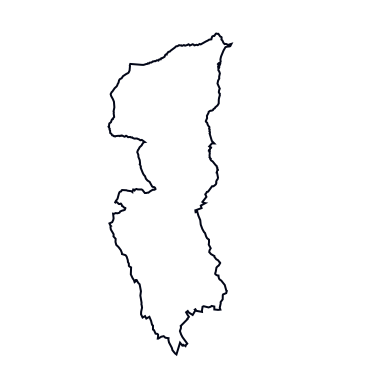 Covasna, Covasna, Romania, rotated 246°
{"feature_id": "2599482B78914670326666", "entity_name": "Covasna", "entity_type": "district", "adm_level": 2, "iso_a3": "ROU", "parent_name": "Romania", "parent_adm1": "Covasna", "projection": "albers", "projection_center": [26.263, 45.799], "detail": "fine", "context": "isolated", "style": "outline", "palette": "ink", "viewbox_px": 384, "rotation_deg": 246, "n_neighbors": 0, "source": "geoboundaries", "source_scale": "gbopen_adm2", "svg_char_len": 6073}
<svg xmlns="http://www.w3.org/2000/svg" viewBox="0 0 384 384"><g transform="rotate(246 192 192)"><path d="M311.3,288.3L311.6,286.1L311.4,285.2L313.5,283.2L313.9,281.9L315.6,281.4L318.0,281.4L319.3,280.9L320.8,281.8L321.6,281.9L322.6,281.0L325.8,280.4L326.1,279.6L326.9,278.6L326.9,278.1L325.5,275.9L325.9,275.1L325.8,273.7L324.7,272.6L323.6,271.8L324.2,269.5L323.9,267.9L323.9,266.3L323.3,260.0L324.1,259.2L323.8,257.0L324.6,256.1L325.0,253.8L326.0,253.4L326.7,252.7L326.7,249.6L327.8,249.3L328.4,248.8L328.2,247.7L328.5,245.2L329.5,244.4L329.6,242.3L330.4,241.8L330.7,240.8L331.4,239.9L331.1,238.0L331.4,237.4L331.5,236.6L330.9,235.0L329.8,230.0L329.3,228.8L329.6,227.4L328.3,225.0L327.9,224.8L328.3,223.9L327.9,223.1L326.7,221.9L326.4,219.3L326.7,218.4L325.9,217.4L326.3,216.5L326.4,215.8L325.7,214.8L326.6,213.7L326.4,211.7L326.8,211.1L326.9,210.0L327.2,209.5L326.8,207.6L327.4,205.8L326.9,204.8L327.5,203.9L327.2,203.4L327.5,202.3L327.8,199.6L328.4,198.2L334.1,187.7L333.0,186.7L332.0,186.4L328.4,184.4L326.9,182.7L326.6,181.7L326.6,180.3L325.9,176.1L324.5,173.9L324.5,172.5L324.3,171.7L323.6,170.7L321.7,169.3L321.1,168.3L319.6,166.8L319.1,166.0L318.3,163.6L316.1,160.0L315.9,159.2L314.5,157.5L312.6,157.2L308.8,157.5L306.2,157.4L300.9,155.5L297.5,153.1L296.8,153.1L295.6,152.4L292.2,151.4L291.4,149.8L290.7,149.3L290.8,148.3L288.7,146.3L288.3,144.5L287.8,144.0L286.1,143.1L285.8,142.5L285.3,142.7L284.9,142.3L283.4,142.6L282.5,142.0L281.6,142.2L279.2,141.3L277.9,142.0L276.3,142.1L275.6,143.0L274.9,143.2L274.5,144.0L274.0,144.3L274.1,145.0L273.3,147.6L272.5,148.6L272.7,149.3L272.1,149.9L272.2,150.9L270.0,152.8L269.9,153.4L270.2,154.5L270.0,154.9L268.1,155.9L267.4,158.0L266.5,158.6L266.3,159.5L265.4,159.9L264.2,161.1L263.3,163.4L261.3,165.3L260.3,165.8L260.0,167.3L256.8,169.2L257.1,168.0L255.6,165.5L255.1,165.1L254.2,162.4L252.6,160.4L252.3,159.7L250.7,158.2L247.8,158.1L245.8,157.3L242.4,157.2L239.2,156.2L238.6,155.5L237.5,155.7L235.7,155.5L235.1,155.0L229.5,154.8L227.5,154.9L225.5,155.5L222.9,155.3L220.6,156.0L218.5,157.4L213.3,157.8L212.1,158.7L212.0,159.2L211.6,159.6L211.0,159.9L210.2,160.0L209.4,159.7L209.4,158.3L210.1,156.9L209.9,156.2L209.7,154.2L209.1,151.9L209.5,151.1L209.7,149.8L210.3,148.5L213.9,147.6L214.8,147.0L216.5,143.3L217.3,142.6L217.4,141.3L216.8,140.2L217.9,139.8L218.2,139.3L217.3,138.7L216.9,137.8L216.3,137.5L217.4,136.9L219.5,133.5L220.2,132.9L222.2,129.0L222.2,128.5L221.4,127.6L221.5,126.4L221.3,125.7L220.4,124.7L216.1,121.2L214.8,118.8L213.3,117.0L213.6,118.5L213.2,119.2L212.9,119.5L210.9,120.2L210.4,121.0L210.5,121.9L210.2,122.4L208.7,122.6L207.7,122.4L206.9,123.1L205.4,123.6L204.5,124.6L204.2,124.5L203.1,123.4L203.1,122.0L203.4,120.8L203.4,118.5L202.7,117.5L202.6,116.8L202.9,115.1L203.8,113.7L203.8,111.9L204.3,111.1L199.9,109.7L198.5,108.7L196.9,106.8L196.9,103.8L194.9,103.8L194.0,104.1L194.0,103.8L193.0,103.2L190.7,102.6L185.6,103.2L184.7,103.0L183.4,102.2L180.3,103.2L177.5,101.8L174.5,101.3L171.5,102.5L167.9,103.3L165.1,103.2L163.8,102.8L161.3,105.6L159.6,106.0L155.8,105.6L154.1,105.0L152.3,105.2L150.2,104.3L149.3,104.6L147.9,105.7L141.6,102.6L137.3,102.7L135.3,103.1L133.0,102.9L133.3,104.1L134.4,105.0L134.1,105.6L130.9,105.9L129.0,106.6L122.1,105.0L118.4,102.7L111.4,100.9L109.7,100.0L109.0,100.0L106.6,99.3L103.4,96.9L101.0,95.7L97.4,95.8L97.7,98.6L95.0,98.8L95.3,102.3L90.9,102.2L87.0,101.5L85.8,102.0L82.2,100.4L81.2,101.1L77.4,101.1L76.5,102.6L75.6,103.0L73.9,102.3L72.0,101.1L71.8,101.6L72.3,105.0L71.8,107.5L69.7,108.4L68.0,111.1L66.8,110.4L63.9,109.8L57.9,110.2L55.4,109.8L51.4,110.9L49.9,111.7L59.2,119.8L55.7,120.7L56.0,121.6L55.4,121.8L55.5,122.0L55.1,122.2L54.7,123.0L53.9,123.4L54.7,124.2L55.4,126.0L63.1,124.3L66.2,124.1L69.9,124.4L72.0,126.4L73.7,127.3L74.2,127.2L77.7,136.2L78.0,136.1L79.2,138.4L81.3,138.0L84.5,137.7L85.0,139.7L83.3,140.0L79.4,142.6L82.6,147.1L83.4,146.8L83.5,147.4L81.6,147.7L78.4,152.4L79.5,152.8L82.9,155.0L82.9,156.2L79.8,160.2L79.6,162.4L79.9,163.6L78.3,165.8L75.6,164.6L73.7,167.9L73.0,170.1L75.0,170.3L78.7,173.0L79.7,173.3L81.5,176.4L85.3,178.2L85.8,178.8L85.7,182.1L87.4,183.5L87.7,183.2L93.7,184.1L99.2,182.7L100.6,181.8L101.6,181.5L102.9,181.6L104.9,182.2L105.2,181.5L106.3,180.5L107.5,179.9L108.3,180.1L109.3,181.1L113.0,183.6L113.6,184.9L114.0,186.6L115.7,188.9L116.3,188.9L116.9,188.5L118.9,188.1L120.7,186.8L123.6,186.1L124.4,186.4L127.5,184.1L130.1,183.3L131.6,184.3L133.0,186.2L137.1,185.9L139.3,187.2L141.6,188.1L143.6,187.0L145.5,186.8L149.2,187.2L150.6,186.7L154.0,186.4L158.6,186.7L163.0,188.1L167.8,188.2L172.0,188.8L172.1,187.1L173.3,187.4L173.5,188.7L173.8,188.5L173.4,194.2L176.0,194.5L176.4,199.6L177.0,198.7L178.7,197.5L181.7,203.2L184.5,203.2L184.6,203.7L186.0,205.6L185.8,206.9L189.1,212.7L188.5,213.9L188.9,215.7L189.3,216.9L190.4,218.0L191.0,218.0L191.7,218.4L192.7,219.4L193.2,220.5L194.5,221.6L199.4,222.7L199.7,222.4L201.3,223.8L201.5,224.6L202.1,224.8L202.9,224.4L204.2,225.1L205.0,224.8L205.7,225.1L207.0,224.5L211.5,223.3L213.1,222.3L214.7,222.1L214.9,222.6L216.6,222.1L217.0,222.5L218.5,223.0L220.3,224.1L221.3,224.2L221.8,224.7L222.2,224.4L222.8,224.9L223.1,224.4L223.4,224.7L223.1,225.2L223.2,225.5L224.5,226.3L224.6,227.4L224.9,227.6L226.6,226.3L228.3,230.0L227.3,232.1L230.6,230.9L238.4,231.9L238.6,232.4L239.7,232.8L240.5,232.6L241.6,233.5L242.8,233.3L243.3,233.9L244.4,234.3L245.5,233.9L247.2,233.7L249.1,234.0L250.3,233.4L251.1,233.4L253.3,235.8L255.5,236.6L257.5,239.2L258.4,239.8L258.7,241.0L258.7,242.1L258.3,243.0L258.3,244.4L259.1,245.5L259.2,246.9L259.8,247.5L260.7,250.5L262.0,252.4L265.4,254.0L267.1,255.1L269.1,256.8L269.5,256.8L270.4,257.4L271.8,257.0L272.5,257.2L274.2,258.4L275.1,259.4L280.7,259.4L283.2,261.2L284.5,263.0L286.3,263.7L289.0,265.7L291.3,265.9L292.4,265.6L294.4,266.5L295.9,266.8L296.1,267.0L294.5,266.6L294.3,267.1L294.6,267.5L295.7,267.9L297.7,270.0L298.2,269.8L298.3,269.2L297.9,267.8L298.3,267.7L298.8,268.8L298.8,270.4L299.4,271.2L301.6,271.9L303.9,273.6L308.4,278.3L310.6,281.3L310.7,281.6L310.5,283.2L309.7,285.6L309.7,286.3L311.3,288.3Z" fill="none" stroke="#020617" stroke-width="2"/></g></svg>